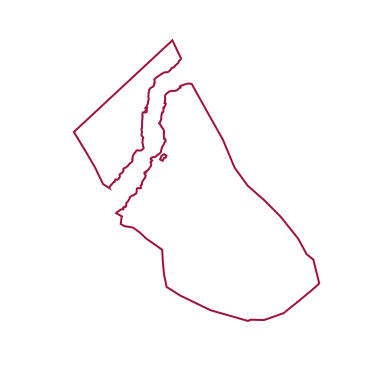 Zemam Out, Al Bahr al Ahmar, Egypt (Albers equal-area conic projection), rotated 67°
{"feature_id": "37247803B70127900746184", "entity_name": "Zemam Out", "entity_type": "district", "adm_level": 2, "iso_a3": "EGY", "parent_name": "Egypt", "parent_adm1": "Al Bahr al Ahmar", "projection": "albers", "projection_center": [31.154, 27.336], "detail": "fine", "context": "isolated", "style": "outline", "palette": "rose", "viewbox_px": 384, "rotation_deg": 67, "n_neighbors": 0, "source": "geoboundaries", "source_scale": "gbopen_adm2", "svg_char_len": 5906}
<svg xmlns="http://www.w3.org/2000/svg" viewBox="0 0 384 384"><g transform="rotate(67 192 192)"><path d="M138.6,201.7L140.0,202.8L140.3,203.1L141.6,204.2L142.4,204.4L142.8,204.6L143.5,205.9L143.9,206.9L144.4,208.8L144.4,209.4L144.7,210.4L145.2,211.7L145.3,212.5L145.2,213.1L144.8,213.6L144.6,214.7L144.6,215.3L144.7,216.1L144.9,216.7L145.1,216.9L145.2,217.1L145.4,217.1L146.3,216.8L147.5,216.3L147.7,216.6L147.6,217.5L148.4,218.6L148.5,218.6L148.7,218.4L149.5,218.3L149.8,218.4L150.6,218.7L151.9,219.6L152.8,221.1L153.8,222.3L154.1,222.9L154.9,224.8L155.0,225.5L155.1,226.7L155.3,226.8L155.5,226.8L155.8,226.6L156.1,226.6L156.0,227.1L155.5,227.4L155.5,227.7L155.7,228.4L155.9,228.4L157.2,228.6L157.8,228.2L158.4,228.2L159.0,228.5L159.1,228.4L160.4,229.5L161.2,230.9L161.7,231.4L162.2,232.4L162.5,233.0L163.2,233.8L164.5,234.8L165.1,235.0L165.7,235.4L165.9,235.9L165.9,236.3L166.0,236.5L166.3,236.7L166.7,237.0L167.5,237.2L168.5,237.6L168.6,237.9L168.2,238.4L168.0,238.7L167.6,239.9L167.2,240.6L167.2,241.0L167.3,241.3L167.7,241.7L169.6,242.6L170.5,243.1L171.4,243.7L171.6,244.0L171.6,244.7L171.6,245.1L171.9,245.7L172.0,246.3L172.1,247.1L171.9,248.0L172.0,249.1L172.1,249.6L172.6,251.2L173.2,251.8L173.6,252.0L175.2,254.0L175.5,254.4L176.0,255.5L176.1,255.9L176.4,256.3L176.4,256.6L177.3,257.2L178.0,257.4L178.4,257.9L179.3,258.0L179.5,258.1L179.6,258.4L179.6,258.9L179.7,259.2L179.5,259.4L179.4,259.8L179.1,260.1L179.2,260.9L179.4,261.2L179.6,261.6L180.2,261.8L180.7,261.8L180.9,261.7L181.1,262.0L180.9,262.3L180.4,263.5L180.5,264.4L180.4,264.7L180.5,265.1L180.5,265.5L180.8,266.3L181.0,267.2L181.0,267.5L181.1,268.0L181.0,268.4L181.8,270.1L187.0,266.1L187.1,266.3L193.6,270.1L197.0,267.6L201.6,260.3L208.8,255.9L216.9,252.4L224.2,247.8L233.6,242.0L243.9,245.8L256.4,249.8L269.4,252.5L283.0,243.1L308.1,221.1L332.6,190.8L332.5,187.8L338.0,175.8L339.3,154.9L332.2,130.1L327.5,114.9L325.9,110.6L301.7,106.7L294.1,110.8L276.4,112.5L249.6,120.0L228.2,128.5L207.9,138.3L186.2,143.3L156.1,143.1L131.2,145.9L92.7,150.0L92.4,150.2L91.3,151.8L90.5,153.8L90.3,154.7L90.3,155.5L90.3,156.1L90.1,157.1L90.0,157.6L90.1,158.7L89.8,161.1L90.4,162.1L91.2,161.7L91.5,162.1L91.6,163.6L92.1,165.0L92.3,165.3L92.4,166.8L92.1,168.4L91.8,169.5L91.7,169.6L91.6,169.9L91.2,170.5L90.8,172.0L90.8,173.1L90.6,173.9L91.0,175.4L91.5,176.9L92.0,178.3L93.0,179.2L94.2,179.9L95.0,179.9L95.4,180.2L95.9,180.4L97.5,181.2L99.1,182.2L99.4,182.5L99.6,182.2L99.8,181.7L100.8,181.8L101.9,182.8L102.6,183.9L103.6,184.8L103.2,185.3L106.8,187.0L107.1,187.3L107.0,188.2L108.1,189.2L108.8,189.6L109.3,190.1L110.3,190.7L111.4,191.1L112.2,191.5L112.5,191.8L113.1,192.0L113.7,192.7L114.1,193.1L114.6,193.6L115.0,193.8L115.3,194.2L115.4,194.4L116.0,195.5L116.4,195.4L116.7,195.1L117.3,194.9L118.0,194.8L118.8,194.7L120.3,194.6L120.9,194.5L122.0,194.0L124.9,193.9L125.4,194.0L125.8,194.1L126.9,194.8L127.5,195.4L128.4,195.5L130.6,196.2L132.1,197.0L132.2,196.9L132.2,196.7L132.5,196.5L132.6,196.2L133.0,196.0L134.1,196.1L134.8,196.3L135.1,196.5L135.1,197.2L135.3,197.6L135.9,198.2L136.4,198.5L137.4,199.8L138.6,201.7ZM151.8,206.9L149.6,208.7L146.7,205.8L146.3,202.9L148.8,201.4L150.1,203.0L149.8,204.5L151.8,206.9ZM90.6,277.3L113.8,273.9L131.1,271.7L149.9,270.8L156.3,266.4L155.8,266.4L155.1,265.9L154.5,264.4L153.7,263.5L153.4,262.5L152.2,260.1L152.3,259.8L152.2,259.8L152.0,259.3L152.0,259.0L151.7,258.4L151.1,257.9L150.8,257.9L150.6,257.7L150.6,257.3L151.2,256.5L151.4,255.9L151.5,255.8L151.4,254.6L151.2,254.3L149.8,252.5L148.7,252.1L148.3,252.0L147.7,251.8L147.5,251.7L147.3,251.0L147.3,250.5L147.1,249.7L147.1,249.0L146.9,248.4L145.9,247.1L145.5,246.7L145.2,246.6L144.4,246.4L144.2,246.3L144.0,246.1L143.9,245.7L143.7,245.7L143.5,245.0L143.6,243.6L143.5,242.8L143.4,242.7L142.9,241.1L142.7,240.6L142.6,240.4L142.7,240.2L142.4,239.8L142.3,239.4L141.9,239.0L141.4,238.0L141.1,236.7L141.0,236.0L140.8,235.9L139.9,234.5L139.7,234.3L138.9,234.1L138.6,234.2L138.4,233.9L138.6,233.9L138.3,233.8L138.2,233.8L137.9,233.7L135.4,232.1L133.9,230.1L133.6,229.5L133.5,228.8L133.2,228.3L132.6,227.7L132.3,227.2L132.2,226.0L132.5,225.5L132.6,225.3L133.1,224.8L133.3,224.4L133.5,223.5L133.8,222.9L133.8,221.9L133.6,221.2L132.6,219.4L132.5,219.2L132.0,219.2L131.1,219.2L129.2,218.7L126.5,218.1L124.0,216.6L123.4,215.7L122.4,215.7L120.8,216.2L119.9,216.3L119.3,216.1L118.9,215.7L117.4,214.6L117.0,214.4L116.7,214.4L116.4,214.3L115.2,214.3L114.4,214.0L114.2,213.8L114.1,213.5L113.5,213.0L113.2,213.0L112.0,212.4L109.7,211.2L107.8,210.5L107.0,210.0L106.8,209.9L105.3,209.1L104.6,208.9L104.3,208.6L103.5,208.2L103.0,207.8L101.9,207.7L101.4,207.5L101.0,207.1L100.7,207.0L100.3,206.7L100.0,206.6L99.7,206.4L99.5,206.1L99.9,205.1L100.3,204.8L100.3,204.5L100.2,204.0L100.3,203.8L100.6,203.2L100.8,203.1L100.8,202.9L100.4,202.5L100.2,202.4L99.9,202.4L99.5,202.5L99.2,202.8L99.1,202.4L99.2,202.2L99.5,202.0L99.2,201.6L98.3,201.7L97.8,201.2L97.8,201.3L97.7,201.2L97.4,201.3L97.2,201.4L97.0,201.7L97.1,202.0L96.9,202.3L96.6,202.3L96.3,201.4L95.6,200.2L93.9,198.6L93.1,198.0L92.5,197.6L92.2,197.3L91.7,197.2L91.1,196.7L89.3,195.4L87.9,195.2L87.2,194.9L86.2,194.3L85.1,193.9L84.5,193.6L83.8,193.1L83.3,192.9L81.9,191.7L81.4,191.6L81.2,191.4L80.8,190.7L80.4,190.2L80.0,189.4L79.9,187.5L79.8,187.0L79.5,186.0L79.1,185.5L78.8,185.2L78.7,185.0L78.0,184.7L77.6,184.7L77.4,184.7L76.8,183.7L76.4,183.4L75.6,183.1L74.9,183.1L74.3,182.8L73.9,182.9L73.7,182.6L73.2,181.9L73.1,181.6L72.7,180.3L72.4,178.7L72.4,178.1L72.3,177.9L72.2,177.5L72.0,177.3L72.0,176.3L71.4,174.0L71.3,173.3L71.3,172.9L71.3,172.6L71.2,171.6L71.1,171.0L71.2,170.2L71.4,169.6L72.3,167.6L72.0,166.7L71.8,165.6L71.6,165.3L71.5,165.1L71.2,164.0L70.7,163.2L70.0,162.6L69.9,161.9L69.9,161.4L70.0,160.8L70.0,159.7L69.1,158.2L68.3,155.7L68.0,155.1L67.9,154.4L67.7,154.3L67.2,153.6L66.4,152.8L66.3,152.5L66.1,152.2L65.9,151.8L65.8,151.3L64.8,149.9L44.7,150.8L90.6,277.3Z" fill="none" stroke="#9f1239" stroke-width="2"/></g></svg>